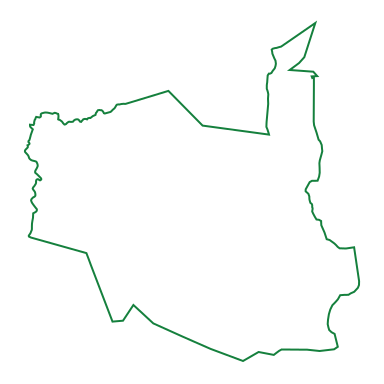 outline of Santiago Miltepec, Oaxaca, Mexico
{"feature_id": "50627088B74886386761590", "entity_name": "Santiago Miltepec", "entity_type": "district", "adm_level": 2, "iso_a3": "MEX", "parent_name": "Mexico", "parent_adm1": "Oaxaca", "projection": "natural_earth1", "projection_center": [-97.734, 17.988], "detail": "fine", "context": "isolated", "style": "outline", "palette": "green", "viewbox_px": 384, "rotation_deg": 0, "n_neighbors": 0, "source": "geoboundaries", "source_scale": "gbopen_adm2", "svg_char_len": 4298}
<svg xmlns="http://www.w3.org/2000/svg" viewBox="0 0 384 384"><path d="M315.3,23.0L281.1,46.6L278.8,47.2L276.6,47.9L275.0,48.1L272.8,48.7L271.7,49.6L272.2,51.9L272.4,53.7L273.1,55.4L274.3,58.3L275.5,60.7L275.9,63.8L275.5,66.0L274.7,68.4L272.7,70.9L271.4,73.0L269.8,73.7L268.9,73.6L267.7,75.4L267.4,79.2L267.2,82.4L267.0,83.5L266.8,85.2L266.8,88.8L267.4,90.4L267.9,92.2L268.3,94.3L268.0,98.7L268.2,103.9L266.6,121.8L266.5,123.7L266.4,126.9L267.5,129.6L268.7,133.4L269.0,134.6L202.6,125.6L168.4,90.9L125.5,103.9L125.2,103.9L123.5,103.8L121.5,104.0L120.1,104.3L119.3,104.5L118.3,104.4L116.9,104.7L116.3,105.3L115.6,106.6L114.5,108.3L112.6,109.9L111.9,110.7L110.6,111.9L106.6,113.0L104.8,113.5L103.9,113.2L103.5,112.3L102.4,110.8L101.5,110.2L100.5,110.2L99.5,110.0L98.0,110.2L97.2,111.2L96.8,112.0L95.9,113.1L95.5,114.9L92.8,116.1L90.4,118.0L89.3,117.9L87.8,118.4L87.0,119.4L86.1,119.0L84.8,118.9L83.3,119.3L82.5,120.3L81.8,121.0L81.1,121.9L80.3,121.7L80.0,121.6L79.8,121.4L79.4,120.6L78.7,119.9L77.8,119.3L76.6,119.3L75.3,119.6L73.9,120.5L73.1,121.6L71.9,121.9L70.5,121.9L69.8,121.8L69.1,121.7L68.2,122.1L67.0,123.0L66.1,124.0L65.0,124.5L64.4,124.5L63.9,124.0L63.1,123.2L62.6,122.4L61.8,121.4L59.6,119.8L58.8,119.7L58.2,119.4L58.3,118.1L58.5,116.9L58.4,115.1L58.1,113.9L57.0,113.6L56.0,113.1L54.8,112.8L53.8,113.2L52.5,113.8L51.7,113.6L50.8,113.4L49.7,113.1L47.8,112.7L46.9,112.6L45.7,112.5L44.5,112.6L43.3,112.9L42.3,113.2L42.0,113.3L41.6,113.4L41.1,113.8L40.8,114.3L40.7,115.1L40.9,115.7L40.9,116.1L40.8,116.6L40.6,116.8L39.6,117.5L37.8,117.2L36.2,116.9L35.5,118.3L35.2,119.4L34.7,119.9L34.5,120.7L34.1,122.4L34.2,123.5L33.9,124.2L33.5,125.0L30.0,124.7L30.0,126.0L30.5,127.1L32.8,129.3L31.8,132.1L30.8,134.9L30.5,136.2L29.5,139.9L28.6,140.9L28.5,141.4L28.4,141.9L29.0,142.5L29.3,143.0L29.5,143.5L29.4,144.0L29.0,144.4L28.4,144.9L27.5,145.3L27.8,146.1L27.8,146.6L27.8,147.2L27.4,147.8L26.3,148.9L25.5,149.7L25.0,150.6L24.9,151.2L25.1,152.0L26.0,153.0L27.3,154.4L28.1,155.4L28.7,156.6L29.0,157.8L29.7,158.9L30.9,159.9L32.2,160.5L34.3,161.0L35.7,161.4L36.4,161.8L37.0,162.9L37.5,164.2L37.7,165.4L37.6,166.4L36.7,168.4L35.8,169.9L35.4,170.7L35.2,171.3L35.1,172.1L35.3,172.8L37.0,174.2L39.2,176.4L40.8,178.0L41.2,178.7L41.3,179.1L41.2,179.5L40.7,180.0L40.4,180.1L40.2,180.3L39.8,180.3L38.7,179.6L38.3,179.3L37.7,179.2L37.0,179.4L36.5,179.8L36.2,180.4L36.0,181.4L36.1,182.1L36.0,182.9L35.8,183.7L35.3,184.5L34.7,185.5L33.9,186.6L33.3,187.2L32.9,188.0L32.7,188.6L32.9,189.1L33.7,190.3L34.5,191.3L34.9,192.0L35.2,193.0L35.3,193.6L35.4,194.4L35.4,195.2L35.3,195.8L34.9,196.3L34.4,196.8L33.7,197.1L32.9,197.6L31.7,198.9L31.3,199.5L31.1,200.5L31.5,201.7L32.2,203.1L34.0,205.6L36.0,208.2L36.6,208.8L36.9,209.7L36.8,210.5L36.4,211.3L35.6,212.0L34.7,212.5L33.2,213.3L33.0,217.7L32.4,220.9L32.0,223.6L31.9,226.1L31.9,227.6L31.9,228.7L31.8,229.9L31.2,231.3L30.5,233.1L29.8,234.2L29.2,235.0L28.8,235.6L28.8,236.1L28.9,236.5L29.1,236.7L29.9,237.0L30.8,237.5L32.2,237.9L86.4,253.1L88.6,258.9L91.0,265.4L112.5,321.6L123.0,320.7L133.4,305.0L153.3,323.4L182.6,336.6L194.4,341.8L210.6,348.9L243.0,361.0L258.6,352.0L273.8,354.9L276.5,352.8L279.2,350.8L281.6,349.5L307.3,349.7L319.6,351.0L334.1,349.3L337.8,346.8L334.6,333.9L331.5,332.2L329.2,330.0L328.4,327.3L327.7,324.1L328.0,319.9L328.9,314.2L330.3,309.5L332.4,305.2L334.4,303.2L335.9,301.6L337.9,299.3L340.2,295.2L344.0,294.9L348.5,294.8L350.6,293.4L354.2,291.8L357.9,287.8L359.0,285.0L359.1,281.2L354.1,247.3L345.9,248.5L343.0,248.4L339.6,248.3L337.7,246.9L336.1,245.1L334.3,243.4L329.6,240.0L326.7,239.2L324.5,232.5L321.3,225.2L321.1,221.0L319.0,219.8L316.5,219.5L314.9,216.9L313.3,213.9L312.2,211.5L312.2,211.4L312.3,211.0L312.3,210.6L312.5,209.6L312.6,208.6L312.4,207.5L312.2,207.2L312.2,205.2L311.9,204.2L311.7,203.9L311.1,203.4L310.5,203.0L310.1,202.0L309.6,200.1L309.4,199.0L309.3,196.4L308.4,193.8L306.4,192.0L305.7,191.4L305.6,191.1L305.7,189.8L305.7,189.3L309.7,182.1L312.0,180.8L314.9,180.8L317.6,180.7L319.1,176.6L319.7,172.8L319.6,167.9L319.4,163.1L319.8,160.4L321.4,154.7L322.3,151.2L322.0,148.5L321.7,145.0L320.1,141.3L318.6,139.7L316.6,132.8L314.1,125.3L313.7,121.6L313.9,85.0L313.9,77.3L312.3,78.0L311.7,76.4L317.2,76.1L313.3,71.7L307.8,71.3L298.2,70.6L289.7,70.0L299.1,63.0L304.3,57.2L315.3,23.0Z" fill="none" stroke="#15803d" stroke-width="2"/></svg>